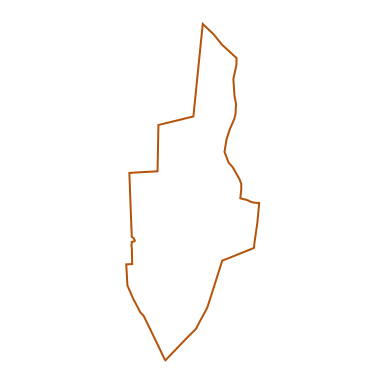 the district of Barbar, River Nile, Sudan, rotated 89°
{"feature_id": "16777658B59808076214537", "entity_name": "Barbar", "entity_type": "district", "adm_level": 2, "iso_a3": "SDN", "parent_name": "Sudan", "parent_adm1": "River Nile", "projection": "mercator", "projection_center": [33.64, 18.168], "detail": "fine", "context": "isolated", "style": "outline", "palette": "amber", "viewbox_px": 384, "rotation_deg": 89, "n_neighbors": 0, "source": "geoboundaries", "source_scale": "gbopen_adm2", "svg_char_len": 1156}
<svg xmlns="http://www.w3.org/2000/svg" viewBox="0 0 384 384"><g transform="rotate(89 192 192)"><path d="M106.0,146.4L104.7,146.4L97.1,147.8L80.0,148.7L76.1,147.8L65.4,145.3L61.1,145.2L58.9,145.1L52.9,151.4L49.8,154.7L47.1,157.5L45.1,159.6L44.9,159.8L34.7,167.6L31.0,171.4L24.3,178.2L24.2,178.3L25.9,178.5L44.2,180.7L116.5,189.3L124.4,224.4L170.7,226.1L171.8,254.3L217.0,253.4L235.8,253.0L237.2,251.1L239.5,250.0L240.3,250.4L240.6,252.0L240.9,253.2L242.0,253.0L243.2,253.3L243.8,253.3L244.4,253.6L245.4,253.3L248.6,253.1L263.0,253.1L263.2,259.0L284.3,258.2L293.3,254.5L298.0,252.5L311.4,245.8L315.2,242.4L334.1,233.6L353.4,224.7L355.9,223.6L358.9,222.2L359.8,221.5L339.1,201.0L328.9,190.4L327.2,189.5L322.2,186.8L309.9,179.8L306.9,178.4L283.6,170.5L261.2,163.0L249.0,131.0L246.1,130.7L243.7,130.4L223.3,127.1L222.2,127.0L204.2,125.0L204.0,125.8L204.1,127.2L203.5,131.2L202.7,133.8L201.7,135.4L200.3,139.0L200.3,139.8L199.9,141.2L199.7,141.9L199.1,143.8L190.2,142.7L184.8,142.6L180.2,144.2L167.7,151.0L163.5,154.8L152.4,158.8L140.2,156.6L130.4,153.3L119.8,148.5L114.6,147.1L106.9,146.6L106.0,146.4Z" fill="none" stroke="#b45309" stroke-width="2"/></g></svg>